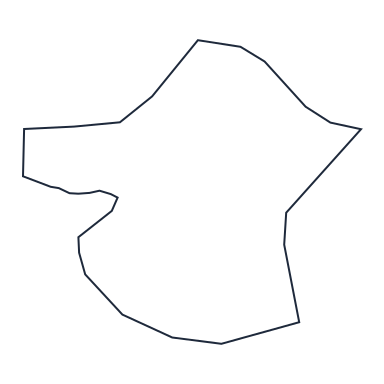 the Municipality of Gornja Radgona
{"feature_id": "SVN-927", "entity_name": "Gornja Radgona", "entity_type": "Municipality", "adm_level": 1, "iso_a3": "SVN", "parent_name": "Slovenia", "parent_adm1": "", "projection": "natural_earth1", "projection_center": [15.951, 46.64], "detail": "fine", "context": "isolated", "style": "outline", "palette": "slate", "viewbox_px": 384, "rotation_deg": 0, "n_neighbors": 0, "source": "natural_earth", "source_scale": "10m", "svg_char_len": 482}
<svg xmlns="http://www.w3.org/2000/svg" viewBox="0 0 384 384"><path d="M197.9,40.2L240.5,46.8L264.6,61.5L305.6,106.7L305.9,106.9L330.4,122.6L361.0,129.2L286.2,212.7L284.2,244.7L299.2,322.2L221.4,343.8L172.2,337.5L122.4,314.6L85.2,274.4L79.1,252.7L78.4,237.2L111.8,210.9L117.6,197.6L110.8,194.1L99.5,190.7L89.6,192.9L78.4,193.7L69.5,193.2L58.8,188.1L50.7,186.8L23.0,176.3L24.1,129.0L74.0,126.6L119.9,122.3L152.1,96.4L197.9,40.2Z" fill="none" stroke="#1e293b" stroke-width="2"/></svg>